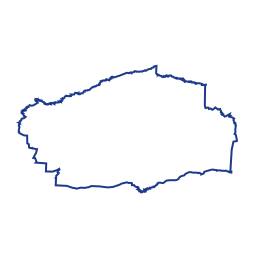 outline of Bukidnon, Bukidnon, Philippines, rotated 93°
{"feature_id": "2640588B97736443103823", "entity_name": "Bukidnon", "entity_type": "district", "adm_level": 2, "iso_a3": "PHL", "parent_name": "Philippines", "parent_adm1": "Bukidnon", "projection": "equal_earth", "projection_center": [124.931, 8.005], "detail": "fine", "context": "isolated", "style": "outline", "palette": "blue", "viewbox_px": 256, "rotation_deg": 93, "n_neighbors": 0, "source": "geoboundaries", "source_scale": "gbopen_adm2", "svg_char_len": 5810}
<svg xmlns="http://www.w3.org/2000/svg" viewBox="0 0 256 256"><g transform="rotate(93 128 128)"><path d="M164.9,23.5L144.2,23.3L136.1,22.0L135.3,18.6L135.1,18.5L129.0,20.0L128.5,21.2L126.2,20.5L124.2,20.8L119.7,20.4L119.2,21.0L118.4,20.8L117.9,21.7L117.3,21.4L117.0,22.2L116.6,22.0L114.5,23.2L113.0,22.5L111.8,25.0L111.4,27.7L110.1,27.8L109.9,27.0L109.7,27.4L108.7,27.1L111.3,31.2L111.5,32.1L110.6,33.1L109.3,33.5L109.3,33.8L109.8,33.7L110.0,34.1L109.9,34.9L109.4,35.4L108.2,34.6L107.7,34.9L107.4,36.1L106.1,36.0L104.8,37.1L104.3,37.1L104.6,38.0L104.4,38.3L104.9,39.0L102.9,41.9L104.5,43.3L105.4,44.9L104.2,46.4L104.8,48.1L103.5,48.7L103.6,50.8L104.1,51.2L103.9,51.8L101.1,52.5L81.8,53.2L80.9,52.4L80.6,52.5L81.1,54.2L80.7,55.1L80.8,55.6L81.2,55.7L81.2,56.4L80.3,56.2L80.0,56.7L79.5,60.2L79.9,61.2L79.6,61.9L80.4,62.5L80.0,63.4L79.4,63.1L79.1,63.4L78.9,65.5L79.4,66.4L78.8,67.1L78.2,67.2L78.2,68.1L78.6,68.2L78.3,69.3L78.9,69.4L78.3,72.5L79.0,73.8L78.5,74.2L77.9,73.7L77.4,73.9L77.1,74.8L77.5,76.1L77.1,76.7L76.2,76.4L75.9,75.5L75.6,75.8L75.6,76.4L76.2,77.3L75.8,78.5L76.4,78.8L75.8,80.6L76.1,81.5L75.4,81.6L75.3,81.9L75.8,83.2L75.2,83.7L75.2,84.8L74.3,85.8L74.3,87.1L73.4,87.7L73.3,89.1L74.3,90.2L73.6,90.9L73.5,92.0L74.4,91.7L74.2,93.4L74.9,93.6L75.1,94.4L75.0,94.7L74.6,94.0L74.3,95.1L75.1,95.3L75.4,95.9L74.8,97.2L74.3,97.4L74.0,99.3L73.3,100.2L73.7,100.8L73.2,100.7L73.2,101.5L72.7,101.7L72.5,102.4L71.7,102.8L64.5,102.8L65.0,104.9L65.5,105.5L66.1,105.5L66.9,107.6L67.7,108.0L68.4,111.1L69.6,112.5L69.9,113.6L69.5,113.9L69.6,114.4L69.9,114.5L70.6,116.6L71.0,117.0L70.8,118.4L71.3,119.7L71.1,121.8L71.4,122.3L70.9,123.4L71.3,124.1L71.1,124.5L71.7,124.8L72.6,127.2L73.0,127.3L72.3,128.1L72.8,128.8L72.8,129.5L73.3,130.0L73.0,130.9L73.0,132.2L76.2,139.2L78.3,144.8L78.3,145.7L78.0,145.8L77.9,145.4L77.6,146.0L77.7,146.6L78.0,146.4L78.2,147.0L78.2,146.5L78.3,147.0L78.8,147.1L78.8,147.5L79.4,147.2L79.7,148.5L80.1,148.3L80.6,149.2L80.8,148.9L81.4,149.1L80.8,151.3L81.0,151.5L80.5,151.8L80.6,152.6L81.6,152.8L82.0,153.6L81.7,154.4L82.0,156.0L82.4,156.0L82.6,157.3L83.0,157.0L83.1,157.5L84.8,158.8L85.1,158.4L85.8,159.0L86.0,158.6L86.6,158.8L86.9,160.9L87.6,162.0L87.9,162.1L88.3,162.9L88.1,163.4L88.7,164.8L89.1,164.8L89.2,165.9L92.2,168.7L92.3,170.3L92.8,170.9L92.7,172.4L93.1,173.4L93.5,173.7L94.0,173.5L94.0,174.2L95.7,175.0L95.9,176.9L96.8,177.8L96.8,178.4L96.6,178.2L96.0,179.6L95.4,179.4L95.9,181.1L95.6,182.6L97.4,183.6L97.5,186.2L97.8,185.8L99.1,186.5L99.0,187.3L99.4,188.0L99.0,188.7L99.4,190.7L99.0,191.5L100.1,192.8L101.3,193.2L101.5,193.7L101.9,193.1L101.7,194.8L102.9,194.8L102.8,195.4L103.3,195.0L104.0,195.7L104.4,195.6L104.4,196.3L105.4,196.2L104.8,197.2L105.7,197.3L105.9,197.9L105.3,198.8L106.1,198.8L106.4,200.5L106.0,201.9L106.4,202.7L106.8,202.0L107.4,202.4L107.1,203.3L107.8,203.1L107.0,204.7L107.6,205.6L107.4,206.0L107.1,205.8L107.0,206.4L107.3,206.9L108.3,206.5L108.2,207.1L107.6,207.1L107.4,207.7L108.7,209.2L108.3,209.5L108.3,210.6L108.8,211.1L108.4,212.1L107.7,212.1L107.7,212.9L107.2,212.8L106.5,213.4L106.5,214.2L106.2,214.5L105.9,215.5L105.1,215.6L105.1,216.5L105.6,217.3L105.4,218.1L104.7,218.0L104.6,219.0L104.9,219.6L104.6,220.1L103.9,219.9L104.2,220.6L103.7,221.1L103.9,222.0L103.4,222.4L105.8,221.7L106.0,220.5L107.3,219.7L107.3,220.2L107.7,220.1L108.4,220.7L110.5,224.0L110.8,225.8L110.3,227.5L111.1,228.0L112.0,229.5L112.3,229.2L112.4,230.2L113.2,230.1L113.1,230.4L113.9,231.5L114.8,231.1L114.9,231.5L115.1,231.1L115.8,231.0L116.2,232.2L115.9,232.4L116.2,232.8L115.8,233.1L115.7,233.7L116.0,234.3L116.3,233.9L117.1,234.1L117.7,235.0L118.3,234.2L118.3,234.7L118.7,234.8L118.7,234.0L119.1,233.6L119.4,233.8L119.6,233.4L121.0,232.8L121.8,231.4L122.0,231.8L122.5,231.1L123.6,232.3L124.2,234.3L124.8,234.9L125.4,234.8L126.4,235.9L126.6,235.6L127.7,236.1L128.3,237.5L128.6,236.8L128.9,236.9L129.6,236.1L129.9,236.9L131.5,237.2L131.7,236.8L132.4,236.8L132.8,236.4L135.9,237.0L137.6,236.4L137.8,236.9L138.2,236.8L139.1,235.5L140.8,231.5L140.9,228.3L148.6,227.8L149.4,226.2L152.8,225.7L153.4,222.5L153.1,222.4L153.4,222.0L153.5,220.2L154.0,219.1L153.9,217.8L157.4,218.4L162.8,221.0L162.9,219.3L166.5,217.6L167.4,218.3L167.6,207.8L175.7,207.7L175.5,201.0L173.5,196.1L172.4,194.6L173.2,194.3L174.6,195.8L175.9,196.0L176.5,194.8L177.0,194.9L179.5,197.2L181.2,197.2L181.4,197.6L181.8,197.6L181.7,197.2L189.0,197.2L189.0,186.1L190.8,179.6L190.8,177.6L191.3,176.3L190.1,172.2L190.0,167.4L189.5,166.2L189.3,164.5L187.9,161.6L187.8,153.5L188.4,145.2L187.7,140.1L185.0,133.2L183.9,131.7L182.3,126.2L182.9,124.3L182.6,122.0L183.0,121.1L184.8,121.1L184.8,118.8L185.6,118.4L186.4,116.8L186.4,115.1L186.9,114.7L187.2,115.4L187.7,114.5L188.2,114.6L188.4,114.2L188.6,114.5L189.0,113.7L189.1,114.0L189.2,113.6L189.5,113.6L189.8,114.0L190.6,113.5L190.3,112.9L190.6,112.4L190.6,111.7L191.1,112.1L191.5,111.7L190.8,111.2L191.1,110.7L190.6,110.6L190.7,109.8L190.4,110.0L190.4,109.2L189.9,108.8L190.2,108.3L189.7,108.4L190.0,108.1L189.8,107.9L189.9,107.4L189.5,107.6L189.6,107.3L189.1,106.6L188.5,107.2L188.3,106.5L187.8,106.8L187.6,106.2L188.1,105.9L188.2,105.1L187.3,104.9L187.7,104.2L187.4,103.1L187.1,103.1L187.2,102.7L186.6,102.8L186.7,102.3L186.2,101.9L185.9,100.2L185.4,99.8L185.5,99.2L185.1,99.3L184.9,98.0L183.5,96.9L183.5,96.4L182.7,95.7L182.2,95.9L181.2,95.1L180.9,93.3L181.2,90.0L178.5,86.8L177.9,83.0L177.6,77.4L176.5,75.1L174.8,74.2L173.4,72.5L172.3,69.3L170.8,68.2L168.9,64.7L168.8,62.4L169.2,61.6L169.0,56.7L169.4,55.4L169.0,54.3L170.0,52.4L170.5,52.4L169.5,50.1L167.7,49.5L165.2,42.3L165.1,40.0L165.5,39.1L165.4,37.4L165.8,37.1L165.5,36.9L165.7,36.2L165.5,33.4L165.9,31.9L165.7,31.1L165.8,29.0L165.4,28.0L166.2,26.3L166.1,25.8L166.7,24.0L166.9,24.1L167.1,22.5L166.4,22.5L166.6,22.9L166.3,23.0L166.5,23.4L166.2,23.9L164.9,23.5Z" fill="none" stroke="#1e3a8a" stroke-width="2"/></g></svg>